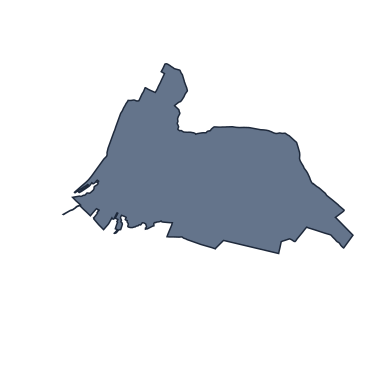 Roscani, Iasi, Romania (Equal Earth projection), rotated 150°
{"feature_id": "2599482B5254069249986", "entity_name": "Roscani", "entity_type": "district", "adm_level": 2, "iso_a3": "ROU", "parent_name": "Romania", "parent_adm1": "Iasi", "projection": "equal_earth", "projection_center": [27.437, 47.451], "detail": "fine", "context": "isolated", "style": "filled", "palette": "slate", "viewbox_px": 384, "rotation_deg": 150, "n_neighbors": 0, "source": "geoboundaries", "source_scale": "gbopen_adm2", "svg_char_len": 6003}
<svg xmlns="http://www.w3.org/2000/svg" viewBox="0 0 384 384"><g transform="rotate(150 192 192)"><path d="M77.1,121.7L77.2,124.2L78.6,128.1L79.2,130.0L80.1,132.4L81.1,134.1L82.8,138.6L83.1,138.5L83.5,139.6L83.6,140.8L83.4,143.4L82.9,145.9L82.7,148.2L82.5,150.2L82.5,152.5L83.0,156.6L82.7,158.5L82.8,162.8L82.7,165.2L82.3,166.8L82.1,167.3L80.2,170.1L79.8,170.9L79.1,172.4L77.7,177.9L76.7,182.3L76.7,182.8L76.9,183.5L77.3,184.6L77.6,185.5L79.7,192.1L79.8,192.3L80.7,193.7L81.7,195.9L82.0,196.4L84.7,197.7L85.8,198.7L86.5,199.3L88.6,200.0L89.9,200.6L90.7,201.3L91.8,202.5L93.2,204.6L94.2,205.7L94.8,206.6L96.8,208.4L98.8,209.9L101.4,211.6L109.7,218.7L110.6,219.4L114.8,222.0L118.7,224.1L120.8,225.5L121.4,225.9L124.5,228.4L127.9,230.2L129.5,231.1L130.6,231.6L133.0,233.0L134.5,233.7L136.4,234.8L138.5,236.2L140.1,237.2L140.5,237.3L141.0,237.3L143.7,236.8L144.4,236.5L145.1,236.1L145.5,236.0L146.7,236.3L147.0,236.4L147.5,236.7L148.2,236.8L148.7,236.8L149.7,236.4L150.1,236.3L151.2,236.8L152.4,237.6L154.4,238.5L156.6,239.3L158.2,239.9L158.7,240.0L159.9,240.2L159.9,240.8L160.0,241.1L160.5,241.8L160.9,242.4L162.4,243.6L163.1,244.3L164.9,245.4L166.1,246.0L168.4,247.5L169.3,248.2L170.1,249.7L170.5,250.5L171.0,250.8L171.4,251.0L172.0,251.2L172.8,252.8L172.9,253.4L172.6,253.8L171.2,254.9L171.0,255.1L170.6,257.4L170.7,258.1L170.6,258.5L170.4,258.9L169.9,259.4L169.1,259.9L168.9,260.2L167.9,262.6L167.4,263.1L166.1,264.2L163.6,265.8L163.2,266.2L163.0,266.6L162.9,267.8L162.3,269.6L162.3,270.0L163.0,272.4L163.9,275.2L164.0,275.5L163.8,275.6L160.0,276.2L158.8,276.3L157.7,276.3L156.7,276.0L154.6,276.8L152.7,277.8L151.5,278.4L149.2,280.1L147.4,281.0L145.8,281.7L145.5,281.9L145.3,282.2L144.5,284.9L144.3,286.4L143.9,288.9L143.6,290.3L143.7,290.6L143.2,292.1L141.7,298.4L141.9,300.7L141.6,303.0L141.7,303.7L145.0,307.0L145.7,307.8L146.4,309.5L146.8,310.2L147.4,311.3L147.7,312.2L149.0,314.6L149.5,315.3L150.0,315.8L150.6,316.1L151.5,316.3L155.4,313.5L158.5,311.6L156.6,308.3L160.9,305.3L161.8,304.7L164.8,302.5L168.4,300.2L170.2,298.8L172.5,297.4L174.1,296.6L177.2,300.8L178.8,303.2L179.4,304.4L180.2,305.6L180.5,305.7L183.2,303.6L184.7,302.6L185.7,302.2L187.2,301.2L191.0,298.5L192.5,297.6L194.1,298.3L194.6,298.7L195.0,299.2L195.7,300.2L196.1,300.5L196.7,300.9L198.9,301.7L200.5,302.6L201.5,303.3L202.6,302.6L205.0,301.5L206.5,300.5L209.5,298.8L210.5,298.0L212.0,297.0L214.4,295.8L225.6,286.4L227.0,285.1L228.1,284.1L229.5,283.1L242.8,271.9L245.9,268.6L246.9,266.7L248.1,265.6L251.9,264.6L271.2,255.9L275.5,254.3L277.4,253.8L279.1,253.4L285.0,252.3L293.9,250.5L293.7,249.8L293.4,249.8L291.4,250.0L288.8,250.2L285.5,250.2L283.1,250.4L280.3,250.4L278.6,250.7L278.2,250.0L278.1,249.4L279.1,249.1L280.0,249.0L288.2,248.6L290.2,248.6L290.1,248.2L289.9,247.9L287.3,247.8L279.0,248.4L278.1,248.5L276.3,249.1L274.1,250.1L273.8,249.0L273.7,248.6L273.4,248.5L272.1,248.5L271.0,248.7L268.5,249.6L268.1,249.6L267.5,248.1L269.3,247.7L268.8,246.8L269.2,246.2L269.8,245.9L270.2,245.7L273.1,245.6L273.6,245.5L274.1,245.4L274.5,245.0L274.9,244.2L275.2,243.9L276.2,243.1L279.1,242.4L280.5,242.2L281.3,242.1L283.3,243.6L283.5,243.6L283.8,243.6L285.4,243.0L286.6,242.9L287.0,243.0L287.8,243.5L289.6,243.5L290.4,243.7L291.5,244.7L292.0,244.9L298.1,247.1L296.9,242.3L295.2,237.3L295.0,236.5L298.5,237.1L299.8,237.0L301.4,236.6L304.2,236.4L306.6,236.9L314.7,237.0L314.5,236.7L311.8,236.8L309.1,236.8L307.1,236.8L304.2,236.2L301.6,236.4L299.2,236.8L298.4,236.8L296.0,236.4L294.5,230.9L293.5,227.8L291.9,222.2L287.9,223.7L283.1,225.3L282.8,224.9L282.4,224.1L282.5,223.7L282.4,223.4L282.2,223.3L281.7,223.3L281.5,222.8L281.6,222.6L284.4,221.7L284.4,220.9L288.6,219.2L290.2,218.8L290.2,218.5L290.0,218.2L290.5,217.8L289.2,210.5L287.4,203.6L280.8,205.9L279.7,206.4L274.3,209.6L274.3,208.5L273.9,208.0L273.5,207.7L273.2,207.6L270.3,209.5L268.1,211.0L267.3,211.4L266.9,210.7L271.6,207.6L269.9,205.3L270.0,205.2L270.6,204.7L271.9,203.9L271.8,203.1L271.7,202.9L271.8,202.8L273.6,201.4L276.8,198.5L275.5,196.7L276.0,196.4L277.0,196.0L279.1,195.3L279.9,195.2L280.0,195.1L279.8,194.9L278.6,194.6L277.8,194.6L275.4,195.5L273.7,195.7L273.4,195.6L273.0,195.2L272.8,195.1L272.6,195.1L271.4,196.1L270.5,196.9L268.5,198.8L268.3,199.1L268.1,200.0L268.0,200.4L268.1,200.7L268.5,201.5L268.4,201.9L267.2,202.8L266.9,205.2L266.6,205.8L265.3,206.7L264.7,207.1L263.7,205.9L262.8,204.8L261.7,203.0L261.8,202.7L262.9,202.1L263.6,201.5L263.5,201.3L263.4,200.9L263.1,200.4L262.4,199.6L263.0,198.9L263.2,198.0L263.0,196.7L263.1,196.2L263.4,195.8L264.7,194.5L264.8,194.3L264.8,193.9L264.6,193.5L263.8,192.6L263.1,192.0L262.5,191.6L261.5,191.0L261.1,190.9L260.0,190.7L259.1,190.4L258.8,190.2L257.3,190.3L257.0,190.2L255.9,189.8L255.7,189.7L254.7,189.9L254.0,190.0L253.8,189.9L253.0,189.2L252.8,189.2L250.4,190.2L249.2,189.4L249.0,189.2L248.8,188.7L248.3,187.9L248.1,187.6L248.1,187.4L248.7,184.7L249.6,184.1L249.9,184.0L250.4,184.0L250.9,183.1L249.8,182.8L249.0,182.4L242.9,182.1L242.5,182.0L242.1,181.7L241.6,182.2L240.9,183.8L240.6,184.0L239.6,184.2L239.4,184.1L239.2,183.8L238.8,183.9L238.3,183.6L238.1,183.6L237.5,183.6L236.5,183.1L234.9,182.5L234.1,182.3L233.3,182.4L233.0,181.2L232.2,180.5L227.1,176.9L224.4,175.2L226.0,173.6L234.1,167.4L236.0,165.8L234.2,164.5L230.1,162.1L225.6,159.3L223.8,158.5L223.1,158.0L222.9,157.6L222.3,156.2L220.8,154.5L220.0,153.2L212.3,144.2L210.8,142.4L206.0,137.4L202.6,133.9L200.2,131.1L199.5,131.5L188.9,134.3L147.7,95.4L146.5,96.8L143.6,99.9L140.0,103.9L139.8,104.2L139.5,104.3L139.3,104.3L138.1,104.2L135.5,103.6L131.0,102.7L129.8,101.2L128.3,98.2L127.6,97.6L126.6,97.8L124.3,98.9L116.3,101.9L113.4,103.1L110.4,104.2L110.2,104.2L109.3,102.9L104.4,97.6L97.5,89.9L93.5,85.7L93.3,85.4L93.1,84.8L92.7,82.7L91.9,79.7L91.7,79.1L91.6,78.0L91.4,77.3L91.0,76.1L90.3,75.1L90.0,74.2L89.9,73.7L89.8,71.6L89.6,70.4L89.0,68.4L88.6,67.7L74.2,74.1L74.6,75.7L80.2,97.5L80.5,98.3L71.5,99.4L69.8,99.8L69.4,100.1L69.3,100.3L71.7,107.0L71.7,107.5L72.2,108.9L74.6,115.4L77.1,121.7Z" fill="#64748b" stroke="#1e293b" stroke-width="1.5"/></g></svg>